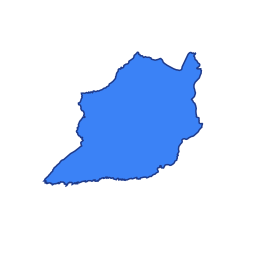 Emni Haili, Debub, Eritrea (Equal Earth projection), rotated 52°
{"feature_id": "51966322B75745826178298", "entity_name": "Emni Haili", "entity_type": "district", "adm_level": 2, "iso_a3": "ERI", "parent_name": "Eritrea", "parent_adm1": "Debub", "projection": "equal_earth", "projection_center": [38.709, 14.717], "detail": "fine", "context": "isolated", "style": "filled", "palette": "blue", "viewbox_px": 256, "rotation_deg": 52, "n_neighbors": 0, "source": "geoboundaries", "source_scale": "gbopen_adm2", "svg_char_len": 5879}
<svg xmlns="http://www.w3.org/2000/svg" viewBox="0 0 256 256"><g transform="rotate(52 128 128)"><path d="M181.4,124.6L180.3,122.1L180.1,121.6L180.2,121.1L180.8,119.9L181.9,118.6L183.3,117.9L183.9,116.7L184.1,114.5L183.9,112.9L183.1,111.6L183.0,111.1L183.2,110.1L183.2,109.2L182.5,108.7L182.1,107.7L180.6,106.8L180.5,106.4L180.5,105.4L180.0,105.1L179.3,105.4L179.1,105.2L178.3,103.1L177.9,102.4L175.8,101.3L173.9,99.4L172.9,96.3L172.8,95.1L172.4,94.0L171.7,93.4L170.7,93.0L170.5,92.0L170.7,91.0L171.1,90.2L172.7,89.2L173.1,88.3L173.3,87.3L173.1,86.8L173.7,83.3L174.0,82.9L174.5,81.7L174.6,80.8L174.3,75.7L174.1,74.6L173.5,73.5L172.9,70.8L172.9,69.5L171.8,68.5L170.6,66.8L170.1,66.8L169.3,68.2L168.1,68.8L166.5,68.0L166.0,67.4L164.9,66.8L164.4,66.3L163.5,65.9L162.0,67.0L161.2,67.2L160.6,66.5L158.7,65.6L156.4,64.1L154.6,62.2L151.5,60.7L151.0,60.7L149.8,60.2L148.1,60.6L145.8,60.1L145.1,60.4L144.5,60.3L144.2,57.0L143.7,55.6L143.2,55.2L142.5,53.9L141.3,52.9L140.8,52.9L138.4,51.7L137.1,51.3L136.0,50.6L134.5,49.3L133.3,46.9L132.4,40.9L131.1,39.0L129.8,36.6L129.0,36.0L127.9,34.8L127.1,34.9L126.1,34.2L124.9,36.0L123.9,37.0L123.4,37.0L123.2,36.8L123.2,36.1L123.3,35.7L123.1,33.3L122.0,32.3L121.2,32.3L119.9,32.8L117.4,32.4L116.5,32.5L115.7,32.9L115.1,32.8L113.2,31.8L112.0,31.9L111.8,31.7L111.4,30.9L111.3,29.8L111.0,29.3L110.8,28.9L110.4,28.9L110.4,29.7L110.1,30.3L109.1,30.4L108.7,31.4L107.4,31.8L107.0,32.2L106.7,32.9L106.7,34.2L107.0,35.4L113.1,47.6L114.8,49.5L114.8,50.6L114.2,52.2L113.1,52.9L111.9,54.1L109.4,55.6L102.8,58.5L99.6,59.5L98.3,59.7L97.6,59.7L95.6,59.1L93.4,59.4L93.0,60.1L92.6,61.8L91.3,64.8L88.3,67.1L86.8,66.8L86.0,67.5L85.2,67.8L84.6,68.8L83.8,69.7L82.4,70.5L82.2,72.1L81.8,72.3L80.1,72.2L78.6,73.8L78.0,73.5L77.2,73.5L76.8,74.1L76.4,74.2L75.3,73.4L74.7,73.4L74.1,74.0L74.4,75.1L74.6,76.9L74.6,78.4L76.0,80.1L76.3,81.2L76.0,86.2L76.8,86.9L77.1,87.5L77.3,88.5L76.9,89.6L76.5,90.1L76.2,92.3L76.4,93.0L77.2,93.7L77.4,95.0L77.0,95.8L76.6,95.7L76.2,95.8L76.0,96.2L76.3,96.6L76.6,96.7L77.0,97.5L75.9,98.5L75.9,99.4L76.1,99.8L77.2,100.9L77.6,102.6L78.1,103.6L79.7,105.4L79.9,106.1L81.0,107.0L81.3,107.7L82.0,111.0L82.0,114.0L81.8,115.5L82.3,116.4L82.9,117.1L82.9,117.4L82.5,119.1L82.4,119.7L82.7,120.4L82.6,121.0L81.9,122.4L81.8,124.9L81.2,126.5L80.9,128.0L80.7,128.5L80.0,129.1L79.8,130.3L79.3,131.2L77.8,132.1L77.6,132.6L77.6,133.1L78.1,133.6L78.3,134.3L76.8,134.8L76.7,135.3L77.0,136.0L76.9,136.4L75.6,136.7L75.5,137.0L75.9,137.7L75.8,138.1L74.5,138.9L74.2,140.5L72.8,142.0L71.9,143.3L73.0,143.9L74.4,144.2L74.9,145.2L75.8,145.5L76.5,147.2L77.4,148.3L78.2,150.0L78.2,150.8L77.8,151.6L78.2,152.0L79.2,152.5L80.2,151.7L81.0,151.6L82.3,152.1L83.2,152.6L83.7,153.2L84.7,153.5L85.9,153.6L86.7,153.0L88.1,153.0L90.0,153.8L90.4,154.2L90.6,155.0L91.0,155.3L92.8,155.2L92.7,156.1L91.7,156.8L91.7,157.3L92.3,158.0L92.4,159.3L92.8,160.0L92.7,160.8L93.5,162.9L94.1,163.6L94.7,165.0L96.3,165.8L96.5,166.1L96.6,167.6L96.7,168.0L97.0,168.0L97.5,167.9L98.2,168.7L98.6,170.3L98.8,170.6L99.8,171.0L100.5,170.6L101.2,171.1L101.6,171.1L102.3,171.5L104.0,171.5L104.5,171.0L104.9,170.9L106.4,171.1L106.7,170.9L107.0,170.0L107.4,169.8L107.8,169.9L108.1,170.8L108.6,171.2L109.6,171.0L110.2,171.1L110.3,173.9L110.8,174.5L111.8,174.8L112.3,175.2L113.6,175.5L113.4,177.1L113.5,179.5L113.5,183.8L113.3,185.7L112.8,189.0L113.3,198.1L112.7,199.8L112.7,201.0L112.9,202.1L113.5,203.7L113.6,206.8L113.9,208.3L113.9,210.7L114.5,211.9L114.7,212.9L115.6,213.9L115.8,216.3L116.1,216.9L116.5,219.7L116.9,220.6L116.9,222.9L117.1,223.3L117.1,224.7L117.9,226.0L118.0,226.7L118.9,225.5L119.4,226.5L120.2,227.1L120.4,226.9L120.3,225.7L120.6,225.5L121.1,225.7L121.4,226.3L121.9,226.1L122.4,224.5L122.9,223.6L123.6,223.0L124.0,223.1L124.3,222.9L124.6,222.3L124.8,222.2L125.9,222.7L126.3,222.5L126.4,220.8L126.7,220.2L127.2,219.9L127.3,219.2L127.8,218.6L128.0,217.7L128.3,217.3L128.2,216.5L128.6,216.2L128.8,216.2L129.1,216.8L129.4,216.5L129.3,215.1L128.9,214.5L129.0,214.1L129.9,213.5L130.5,212.5L132.0,211.8L132.5,211.9L132.7,212.6L133.0,212.6L134.5,211.2L134.8,211.3L135.5,212.3L135.6,211.9L135.4,211.2L135.4,210.8L135.3,210.4L134.9,210.0L134.6,209.1L134.7,208.5L134.9,208.3L135.0,208.0L134.8,207.6L135.4,207.3L135.5,207.0L135.6,206.5L136.3,205.9L137.5,205.8L137.7,206.0L137.8,206.6L138.1,206.8L138.4,203.8L138.6,203.6L139.3,204.0L140.5,202.5L139.4,202.5L139.4,202.0L139.9,200.6L140.2,200.6L140.7,201.0L141.0,200.6L141.3,199.4L141.7,198.5L141.8,197.1L142.3,196.6L142.7,195.6L143.3,194.7L143.5,194.1L143.8,194.1L144.0,194.8L144.3,194.7L144.9,193.5L145.0,192.0L145.3,191.4L146.6,189.8L147.5,189.4L148.0,188.5L148.0,188.0L147.7,187.5L148.3,186.4L148.6,186.1L148.8,186.7L149.0,186.8L149.8,186.5L150.3,185.9L150.8,184.7L151.4,184.5L151.4,184.1L151.0,183.8L150.9,183.5L151.3,182.4L151.2,181.9L150.8,181.7L150.7,181.3L151.3,180.7L151.4,179.4L151.8,178.4L152.1,178.0L152.6,178.3L153.3,176.9L153.1,175.8L153.2,175.5L153.5,175.3L154.3,175.7L154.6,175.6L154.4,174.3L155.4,174.3L155.5,174.0L155.5,173.2L155.8,172.9L156.3,172.5L156.8,172.3L157.1,172.4L157.5,171.8L157.7,171.0L158.4,170.4L159.1,170.8L161.6,169.0L161.5,168.4L161.2,167.8L161.2,167.4L161.9,166.6L162.4,166.6L163.2,167.2L163.4,166.8L163.6,165.7L163.9,165.2L164.4,165.2L164.7,165.4L165.0,165.1L164.6,164.5L165.0,163.7L165.7,164.0L166.4,162.4L166.7,162.5L166.9,162.9L167.5,162.4L167.5,161.7L168.3,160.6L169.0,157.9L169.9,156.3L170.6,156.1L170.9,155.5L172.1,152.0L172.4,151.6L173.5,152.3L173.7,152.2L173.9,151.6L174.7,151.2L174.9,150.5L175.6,149.9L175.0,149.0L176.4,146.0L177.3,144.6L178.2,143.9L178.7,144.0L179.2,143.0L179.6,140.5L180.4,139.7L180.5,139.4L180.3,137.2L180.5,136.1L181.0,135.3L180.8,133.1L181.2,131.8L181.2,131.3L180.6,130.8L178.6,130.3L178.2,129.9L177.9,129.3L178.0,128.6L178.5,127.4L177.8,126.6L177.5,126.2L177.5,125.8L178.0,125.3L178.5,125.3L179.5,126.2L180.1,126.1L181.4,124.6Z" fill="#3b82f6" stroke="#1e3a8a" stroke-width="1.5"/></g></svg>